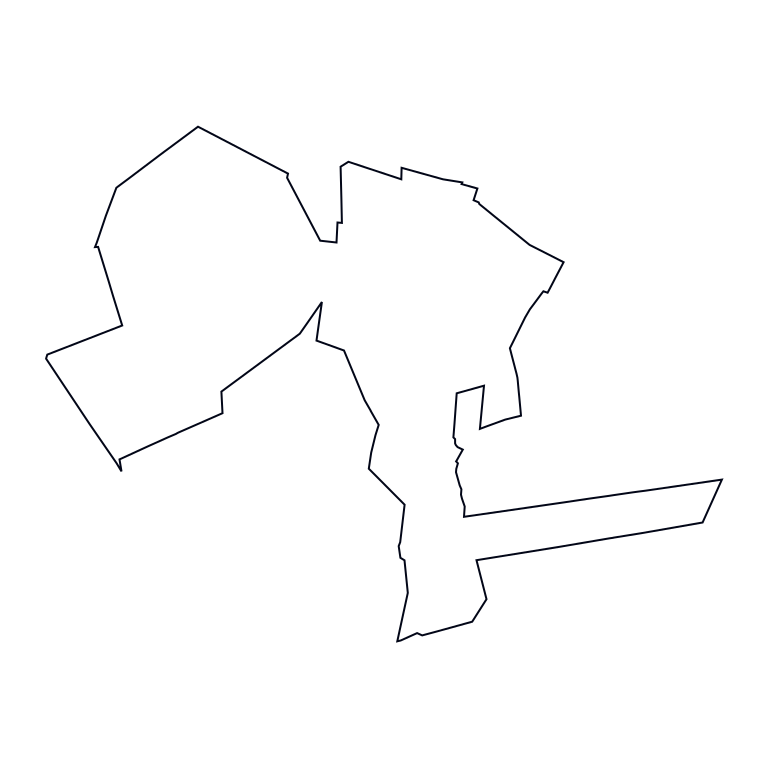 the district of Mazatán, Sonora, Mexico
{"feature_id": "50627088B62941812668880", "entity_name": "Mazatán", "entity_type": "district", "adm_level": 2, "iso_a3": "MEX", "parent_name": "Mexico", "parent_adm1": "Sonora", "projection": "mercator", "projection_center": [-110.163, 28.931], "detail": "fine", "context": "isolated", "style": "outline", "palette": "ink", "viewbox_px": 768, "rotation_deg": 0, "n_neighbors": 0, "source": "geoboundaries", "source_scale": "gbopen_adm2", "svg_char_len": 1847}
<svg xmlns="http://www.w3.org/2000/svg" viewBox="0 0 768 768"><path d="M113.0,295.8L122.2,325.5L47.3,354.6L46.4,357.5L46.1,358.7L89.5,423.9L116.5,463.1L121.5,471.4L119.5,459.4L147.8,446.4L167.8,437.4L176.0,433.9L176.3,433.7L177.5,433.0L178.5,432.5L222.5,413.2L221.4,391.6L299.8,333.7L307.1,323.3L321.9,302.0L318.2,328.3L316.5,340.6L344.0,350.5L352.8,371.7L364.7,400.3L370.7,410.7L370.7,410.9L378.7,424.9L375.5,435.1L371.2,452.6L368.8,468.7L404.6,504.7L400.2,542.2L398.7,546.1L400.4,557.8L404.5,560.3L407.8,592.9L402.6,616.8L397.3,641.3L400.7,640.5L417.1,633.1L422.2,635.4L434.5,632.1L472.2,621.7L486.5,599.2L476.5,560.2L559.6,546.8L609.6,538.3L613.2,537.8L613.3,537.7L641.3,533.2L702.6,522.5L721.9,479.6L645.4,490.7L638.3,491.6L632.4,492.4L613.2,495.2L609.4,495.8L589.4,498.6L563.9,502.4L464.0,516.8L464.7,506.5L462.0,498.7L461.0,494.7L461.4,489.3L459.7,485.4L456.0,472.2L456.3,468.8L457.9,463.3L456.1,461.4L456.8,460.3L462.8,449.6L458.4,447.5L457.6,447.1L456.1,445.4L455.7,444.8L455.1,443.4L455.1,442.5L455.1,439.1L453.4,437.4L454.5,423.4L456.7,393.3L484.0,385.7L479.9,428.9L480.9,428.5L483.9,427.4L484.9,427.0L505.2,419.6L521.0,415.7L519.3,397.3L518.8,392.3L518.0,383.5L517.7,380.2L517.4,377.6L516.5,373.6L515.1,368.3L514.7,366.7L511.5,354.5L510.2,349.4L509.9,348.2L512.7,342.6L525.1,317.5L529.9,309.3L536.1,301.0L541.5,293.7L543.4,291.3L547.6,292.7L549.7,288.8L553.5,281.5L555.2,278.2L563.6,262.2L529.6,244.9L491.8,214.2L491.7,214.1L479.4,204.1L478.7,202.4L473.6,200.2L477.4,188.5L461.6,184.1L462.3,182.4L443.0,179.3L401.6,167.8L401.3,179.3L348.4,161.8L340.6,166.7L341.4,199.2L341.9,222.9L337.5,222.5L336.5,242.5L320.2,240.7L287.1,177.8L288.0,173.6L198.0,126.7L163.6,152.2L158.4,156.1L127.7,179.3L116.4,187.7L105.9,215.7L98.2,238.5L96.6,243.1L95.0,247.1L98.1,246.9L108.7,281.4L113.0,295.8Z" fill="none" stroke="#020617" stroke-width="2"/></svg>